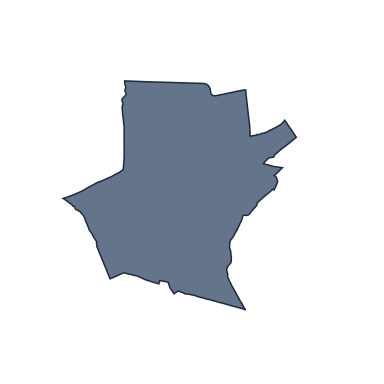 Tocatlán, Tlaxcala, Mexico (Mercator projection), rotated 153°
{"feature_id": "50627088B10833441398777", "entity_name": "Tocatlán", "entity_type": "district", "adm_level": 2, "iso_a3": "MEX", "parent_name": "Mexico", "parent_adm1": "Tlaxcala", "projection": "mercator", "projection_center": [-98.02, 19.391], "detail": "fine", "context": "isolated", "style": "filled", "palette": "slate", "viewbox_px": 384, "rotation_deg": 153, "n_neighbors": 0, "source": "geoboundaries", "source_scale": "gbopen_adm2", "svg_char_len": 4711}
<svg xmlns="http://www.w3.org/2000/svg" viewBox="0 0 384 384"><g transform="rotate(153 192 192)"><path d="M304.4,151.8L289.5,151.0L278.7,141.7L276.5,139.1L274.6,136.5L272.8,134.4L270.4,132.1L268.4,130.1L266.3,128.0L264.9,126.7L263.2,125.2L260.9,127.7L254.3,122.6L254.4,121.8L255.2,116.2L255.0,115.9L255.0,115.4L254.3,109.5L250.9,109.9L249.1,110.0L244.9,105.3L244.4,104.4L241.0,102.2L239.6,101.0L236.2,98.3L235.5,97.3L231.9,93.9L231.1,93.4L227.3,89.7L226.9,89.7L223.0,86.0L218.7,82.2L218.3,81.6L214.7,78.6L210.0,74.1L201.3,66.2L199.1,64.3L197.8,62.4L198.2,66.3L198.1,69.2L198.5,72.7L198.7,82.3L198.9,86.9L199.1,90.6L198.8,100.2L198.2,101.4L197.5,102.5L197.2,103.2L197.2,103.9L197.0,105.0L196.3,107.2L195.9,107.8L195.4,108.2L193.7,109.5L192.3,110.3L190.3,110.9L189.5,111.3L188.9,112.0L188.0,113.3L186.5,116.0L186.2,117.2L184.3,122.0L184.2,122.6L184.2,123.7L184.0,124.7L183.8,125.4L183.2,126.3L182.4,128.1L181.3,129.6L180.3,130.9L179.7,131.4L179.1,131.7L177.8,132.3L176.2,133.1L174.5,134.1L169.7,137.6L169.5,137.3L166.6,139.7L163.4,142.2L162.2,143.1L161.3,143.8L160.1,144.7L158.9,146.2L157.3,147.8L156.7,148.1L156.4,148.0L154.6,146.6L154.1,146.4L153.6,146.2L153.0,146.0L152.4,146.0L150.5,146.3L150.2,146.6L149.6,146.9L148.7,147.3L147.9,147.7L146.6,148.2L145.9,148.5L144.7,149.0L143.4,149.4L141.8,150.0L141.6,150.1L141.0,150.4L139.1,152.0L138.8,152.4L138.7,152.8L135.7,153.5L134.7,153.9L133.8,154.1L128.9,155.3L126.8,155.8L125.7,156.0L124.0,156.4L123.0,156.6L120.4,157.3L118.8,157.7L118.5,157.4L117.9,156.6L116.2,157.9L114.3,159.3L111.1,162.1L111.0,162.5L110.9,162.8L110.8,163.4L110.4,165.1L110.2,166.2L110.1,166.8L110.5,167.8L111.1,169.0L111.3,169.5L110.8,169.5L110.4,169.6L109.5,169.7L100.4,172.6L105.2,176.0L106.3,176.7L107.7,177.8L109.1,179.0L110.6,180.4L111.4,181.1L111.6,181.4L112.6,182.2L114.7,184.0L115.5,184.8L114.0,185.5L111.4,186.5L110.1,186.9L108.3,187.5L107.8,187.4L107.5,187.4L104.0,186.1L103.6,186.0L103.2,186.2L101.2,187.6L100.9,187.8L100.5,187.9L100.1,187.9L99.7,188.0L99.3,188.0L98.8,188.1L98.3,188.2L97.1,188.6L95.4,189.1L93.9,189.5L91.8,189.8L91.5,189.9L90.2,190.1L88.3,190.4L86.4,190.8L84.3,191.2L81.1,191.8L78.1,192.6L76.6,192.9L74.2,193.4L74.3,193.6L74.4,194.8L74.5,195.7L74.6,196.8L74.7,197.6L74.9,199.7L75.2,201.9L75.8,206.0L76.3,210.0L76.6,212.5L76.7,213.0L76.7,213.4L76.7,213.6L76.8,213.9L77.6,213.4L81.4,212.1L82.6,211.8L84.6,211.6L85.6,211.6L87.2,211.6L89.6,211.5L91.1,211.5L92.7,211.5L93.9,211.7L95.0,211.6L96.5,211.5L97.3,211.6L99.0,211.6L100.6,211.8L101.9,212.0L102.8,212.4L103.6,212.7L105.4,212.6L106.4,212.7L107.1,213.3L108.0,213.8L108.7,213.7L109.4,213.6L110.4,213.9L111.3,214.2L112.8,214.7L113.7,214.9L114.8,215.3L114.7,215.6L114.6,215.9L114.5,216.3L113.6,217.9L112.8,219.8L112.0,221.5L110.2,225.7L109.2,228.5L107.2,234.0L105.5,238.5L103.3,244.3L102.9,245.3L102.5,246.6L101.5,249.2L100.5,251.6L99.8,253.8L97.8,258.5L99.3,259.3L101.2,259.9L106.5,261.4L108.5,261.9L111.4,262.7L112.1,262.8L116.9,264.2L118.9,264.7L123.9,266.1L127.8,267.2L128.2,267.5L129.0,268.0L129.4,268.4L130.2,269.6L130.4,270.9L130.2,272.0L129.9,272.9L129.5,274.2L129.0,275.8L128.9,277.2L129.0,278.4L129.1,279.4L129.4,280.1L130.1,281.4L131.5,282.8L132.8,283.7L135.0,284.9L141.4,288.4L147.1,291.5L154.2,295.4L160.7,299.0L181.8,310.5L201.6,321.6L202.5,319.5L203.0,317.7L203.2,316.3L203.5,315.4L204.0,314.7L204.8,314.0L205.3,313.4L205.7,312.8L205.9,312.0L206.0,309.7L206.2,309.2L206.7,308.6L207.7,308.2L209.2,307.7L210.6,307.3L211.8,306.7L212.5,306.2L212.8,305.5L213.0,304.1L213.1,302.8L213.4,302.1L214.4,300.9L215.2,300.1L215.8,299.1L216.3,298.0L218.8,291.9L220.5,287.1L221.7,284.1L222.7,281.3L223.5,279.6L224.9,276.9L227.2,272.4L234.0,259.0L237.0,253.3L238.7,250.3L240.7,247.2L242.2,244.7L242.7,243.9L243.3,243.2L244.0,243.1L245.6,242.8L248.0,242.5L250.1,242.5L252.7,242.5L254.9,242.4L255.9,242.3L257.2,242.3L259.1,242.5L262.1,242.7L264.4,242.7L266.6,242.8L268.4,243.0L270.1,243.3L272.3,243.5L274.3,243.4L277.4,243.3L283.1,243.2L285.9,243.0L289.7,242.8L292.8,243.0L295.2,243.1L298.5,243.3L301.7,243.7L305.9,244.1L308.8,244.7L309.8,244.8L308.8,243.1L307.9,241.4L306.9,239.3L306.0,237.6L305.9,237.0L305.4,236.5L304.9,235.9L304.7,235.5L304.7,235.2L304.8,234.6L304.8,234.0L304.7,233.7L304.4,233.4L303.9,233.1L303.6,232.7L303.5,232.2L303.5,231.5L303.6,230.7L303.6,230.0L303.5,229.2L303.2,228.6L302.8,228.4L302.5,228.1L301.9,227.2L301.6,226.7L301.3,225.8L300.5,225.4L300.3,224.8L300.4,223.5L299.9,222.2L299.6,220.9L299.3,218.4L299.6,217.1L300.0,214.1L300.1,211.2L300.4,207.9L300.8,204.8L300.5,202.5L300.2,201.3L300.0,199.6L300.2,197.4L300.0,194.9L299.6,191.8L299.5,191.0L299.9,190.3L300.3,189.8L300.6,189.4L300.7,188.9L300.6,188.2L301.5,187.0L304.4,151.8Z" fill="#64748b" stroke="#1e293b" stroke-width="1.5"/></g></svg>